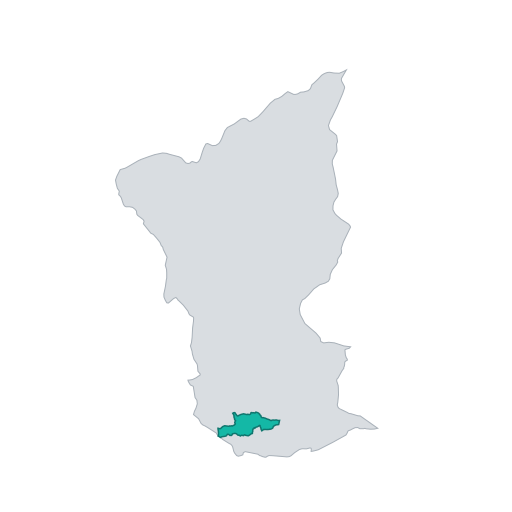 location of Bouar, Nana-Mambéré, Central African Republic, rotated 281°
{"feature_id": "33826404B23664805641311", "entity_name": "Bouar", "entity_type": "district", "adm_level": 2, "iso_a3": "CAF", "parent_name": "Central African Republic", "parent_adm1": "Nana-Mambéré", "projection": "robinson", "projection_center": [15.492, 5.917], "detail": "fine", "context": "in_parent", "style": "filled", "palette": "teal", "viewbox_px": 512, "rotation_deg": 281, "n_neighbors": 0, "source": "geoboundaries", "source_scale": "gbopen_adm2", "svg_char_len": 6715}
<svg xmlns="http://www.w3.org/2000/svg" viewBox="0 0 512 512"><g transform="rotate(281 256 256)"><path d="M351.9,184.1L356.4,185.4L357.2,187.0L356.0,192.1L356.9,195.4L359.4,198.1L362.0,199.2L364.5,199.9L373.1,201.6L376.7,203.4L381.5,209.5L387.5,215.0L388.9,217.9L388.7,220.5L386.9,223.7L387.2,225.0L390.0,228.2L393.1,231.5L398.8,235.2L408.8,240.9L413.4,244.7L414.9,247.7L417.5,250.8L421.1,253.7L423.4,255.9L421.8,262.2L422.3,264.3L423.2,266.1L425.3,268.5L426.2,271.7L428.3,275.7L430.7,277.5L434.8,278.2L437.0,280.0L441.5,283.2L445.9,285.9L447.7,287.8L448.9,289.5L449.9,291.4L450.4,293.4L450.5,297.7L451.3,302.9L453.7,306.5L455.9,309.2L447.0,306.1L445.6,306.1L444.1,306.6L439.4,310.4L438.0,310.9L432.1,310.1L418.0,307.1L407.0,304.2L403.8,303.1L397.9,302.2L394.1,304.1L390.5,310.9L389.5,312.2L383.8,314.2L381.2,313.7L374.6,315.5L364.5,312.7L360.9,313.3L358.0,314.7L350.8,317.7L346.4,319.5L341.2,321.1L336.3,323.5L333.1,324.8L329.9,324.8L327.0,323.4L323.8,322.2L320.0,322.0L316.0,322.7L312.7,325.4L311.3,327.3L308.4,332.4L305.0,340.7L303.7,342.4L302.4,343.3L286.6,339.1L279.8,338.2L275.2,339.4L269.4,337.1L266.9,336.7L265.7,337.4L262.5,336.4L257.2,333.6L252.2,332.4L247.7,332.8L245.0,331.8L242.7,329.1L239.9,324.0L234.7,319.0L227.8,315.0L223.5,312.0L221.8,309.9L218.0,308.8L212.3,308.6L206.9,310.6L199.0,316.9L191.7,329.7L187.7,334.6L184.4,335.9L183.6,339.0L185.2,343.9L185.7,349.6L184.5,359.2L184.9,366.2L183.2,365.1L181.5,361.8L180.8,361.2L175.9,362.6L173.4,364.0L172.1,365.3L171.1,365.5L169.6,363.7L168.4,363.4L166.5,363.7L164.5,363.7L163.3,363.4L162.4,363.6L160.2,362.5L151.9,359.8L150.5,358.9L148.8,359.0L144.5,361.4L142.2,362.0L135.4,363.5L128.0,364.2L125.2,364.2L123.3,365.3L122.1,366.8L119.8,375.6L119.2,377.2L119.3,379.4L118.6,386.5L118.9,388.8L110.1,408.4L108.7,405.2L107.8,401.3L107.4,396.9L107.6,395.8L107.0,394.5L106.3,390.9L107.0,388.6L106.4,386.1L104.7,383.7L103.2,381.9L102.3,380.3L101.5,379.6L99.8,379.3L97.5,378.5L87.8,367.0L77.6,354.0L75.6,349.8L74.7,347.4L77.2,347.1L77.8,346.7L77.9,345.6L76.3,342.3L75.6,338.0L74.3,335.5L70.4,331.5L66.6,328.5L65.4,326.9L64.7,324.7L63.2,310.8L62.6,306.8L61.4,305.1L60.5,304.3L60.2,303.3L60.3,300.8L60.8,298.6L60.8,297.7L61.8,295.7L61.9,282.8L60.6,281.1L58.3,281.0L57.1,279.1L56.1,276.8L56.4,275.1L58.6,272.5L60.1,271.4L64.4,269.4L65.6,268.3L66.4,267.1L66.9,265.3L69.4,258.7L73.1,252.1L74.7,250.7L78.5,241.0L79.4,238.5L80.0,236.0L81.2,234.0L85.3,230.7L88.4,224.9L91.8,225.2L95.2,226.1L99.7,226.6L103.1,225.5L105.4,223.2L116.1,219.3L116.9,216.2L118.6,214.6L120.5,213.1L121.2,212.9L121.4,214.0L122.6,217.2L125.0,220.4L128.6,223.9L129.6,223.7L131.8,221.0L137.4,219.4L138.8,218.7L142.8,214.8L147.6,212.3L150.3,211.4L155.2,208.8L158.6,209.2L164.1,208.8L173.3,207.5L179.9,207.1L183.3,206.6L184.1,206.1L185.4,202.4L186.4,201.3L188.9,199.7L193.8,194.1L197.0,189.3L198.0,187.6L198.6,187.3L200.0,185.3L198.6,183.3L193.1,179.0L193.2,178.5L192.9,177.7L193.2,177.2L195.3,175.4L198.1,173.5L201.1,172.8L208.9,172.9L215.6,172.5L217.2,172.6L222.4,171.6L225.9,170.7L229.6,168.7L237.9,168.9L244.8,163.7L246.8,162.8L247.6,162.0L247.9,161.2L251.1,159.1L254.7,154.9L257.6,151.1L258.3,148.4L266.1,139.3L268.8,139.5L270.2,138.3L273.2,132.2L274.2,131.1L277.4,130.0L278.9,128.2L280.2,125.6L280.2,122.2L279.6,119.6L279.6,118.3L280.3,117.1L281.6,115.9L287.5,112.6L289.0,111.1L289.9,109.6L291.5,109.4L293.3,109.5L294.5,108.6L295.8,107.1L299.9,105.1L303.7,103.6L307.7,104.2L314.9,106.2L317.1,110.6L318.2,112.1L327.2,122.4L328.9,124.8L333.4,132.3L336.2,137.3L339.3,144.6L339.7,148.5L339.3,151.9L338.7,161.4L337.9,164.2L334.0,169.3L333.8,171.6L334.6,173.5L335.8,174.3L336.6,175.3L336.1,179.7L337.6,181.5L340.5,182.7L348.0,183.5L351.9,184.1Z" fill="#d9dde1" stroke="#a8b0b8" stroke-width="1"/><path d="M87.3,297.5L87.6,298.6L87.7,299.6L88.0,300.9L88.2,301.8L88.5,302.2L88.6,302.9L89.2,304.1L90.1,305.1L90.5,305.3L91.0,305.4L91.7,305.5L92.2,305.7L92.6,306.1L92.9,306.5L93.2,306.8L93.6,307.2L93.9,307.7L94.2,308.3L94.4,308.9L94.5,309.5L94.9,310.4L99.1,310.5L98.9,309.9L98.8,308.8L98.8,308.4L98.9,308.0L98.9,307.5L98.9,307.1L98.8,306.7L98.6,306.2L98.5,305.8L98.4,305.6L98.3,304.9L98.3,304.6L98.3,304.3L98.2,304.0L98.1,303.6L98.0,303.3L97.9,303.1L97.7,302.7L97.3,302.3L97.3,302.1L97.4,301.6L97.6,301.0L97.7,300.7L97.8,300.3L97.9,300.0L98.0,299.5L98.0,299.2L98.0,298.9L98.0,298.7L98.1,298.1L98.6,295.8L98.6,295.4L98.6,295.0L98.6,294.8L98.7,294.3L98.7,293.9L98.6,293.5L98.6,293.3L98.5,293.0L98.5,292.5L98.9,292.0L99.2,291.6L99.7,291.5L100.4,291.0L100.7,290.4L100.8,290.2L101.2,289.8L101.5,289.7L101.6,289.3L101.9,289.0L102.2,288.6L102.5,287.7L102.6,287.0L102.6,286.6L102.7,286.2L102.7,285.6L102.4,285.4L102.0,285.2L101.7,285.0L101.7,284.7L101.7,283.5L101.6,283.2L101.4,282.9L101.4,282.6L101.5,282.0L101.4,281.2L101.2,281.0L101.0,280.9L100.4,280.9L100.1,280.9L99.7,280.6L99.4,280.3L99.2,280.0L99.0,279.6L99.1,278.2L99.0,277.9L98.7,277.7L98.6,277.4L98.7,273.9L97.6,271.5L96.5,269.9L96.2,269.5L95.8,269.1L95.5,268.7L95.5,268.3L95.7,267.9L95.8,267.6L96.4,267.1L97.1,266.2L97.5,265.8L97.8,265.5L98.1,265.3L98.2,264.9L98.0,264.2L97.9,264.0L97.6,263.7L97.4,263.5L97.2,263.2L96.4,263.9L95.9,264.3L95.5,264.7L94.8,264.9L94.3,265.0L93.3,265.3L92.8,265.6L92.3,266.0L91.4,266.2L91.0,266.6L90.7,267.0L90.6,267.3L90.3,267.4L89.9,267.2L89.2,267.0L88.5,266.9L88.0,267.1L87.4,267.7L86.8,267.6L85.6,266.7L85.4,266.1L84.6,265.3L84.6,264.2L84.3,263.8L84.1,262.4L83.7,262.1L83.5,260.0L83.4,257.7L82.3,256.0L81.2,255.1L79.9,254.2L79.5,253.3L79.6,252.6L79.7,251.6L79.3,251.6L78.4,251.9L76.8,252.5L75.3,252.9L73.9,253.2L72.0,253.2L72.0,253.4L71.9,253.7L71.9,253.8L71.8,254.1L71.7,254.3L71.6,254.6L71.5,254.8L71.4,255.0L71.3,255.3L71.2,255.5L71.1,255.8L72.0,256.8L72.6,258.5L73.1,259.9L73.9,261.3L75.5,261.9L75.7,262.6L75.6,263.5L75.1,264.1L74.9,264.5L75.1,265.0L75.0,265.8L75.4,266.3L76.0,266.7L76.9,266.8L77.9,269.1L77.8,270.7L76.8,272.2L76.7,272.6L76.8,273.1L76.8,274.2L76.6,274.6L76.4,274.7L76.3,274.8L76.3,275.0L76.5,275.2L76.7,275.4L76.9,275.6L77.2,275.9L77.3,276.1L77.4,276.4L77.2,277.8L77.4,278.2L78.1,278.5L78.3,278.8L78.2,279.5L78.0,279.8L78.0,280.2L78.0,282.0L78.2,283.0L79.5,284.3L80.8,285.5L80.9,286.0L81.0,286.2L81.1,286.3L81.3,286.3L81.5,286.3L81.7,286.2L81.8,286.1L82.1,286.1L82.5,286.2L82.8,286.2L83.2,286.2L83.5,286.3L84.0,286.1L84.3,286.0L84.7,286.0L85.1,285.9L85.4,285.9L85.6,286.1L85.7,286.4L85.9,286.6L86.1,286.8L86.4,287.0L86.6,286.9L86.8,286.9L87.0,286.9L87.1,287.0L87.2,287.3L87.0,287.7L86.9,287.7L87.0,287.9L87.1,288.1L87.6,288.3L88.0,288.7L88.3,289.2L88.5,289.8L88.8,290.1L89.2,290.7L90.3,291.6L90.3,292.3L89.5,292.5L88.4,293.4L87.4,293.9L86.9,294.0L86.4,294.4L85.5,295.0L85.8,295.4L86.3,295.8L86.8,296.3L87.3,296.8L87.3,297.2L87.3,297.5Z" fill="#14b8a6" stroke="#0f766e" stroke-width="1.5"/></g></svg>